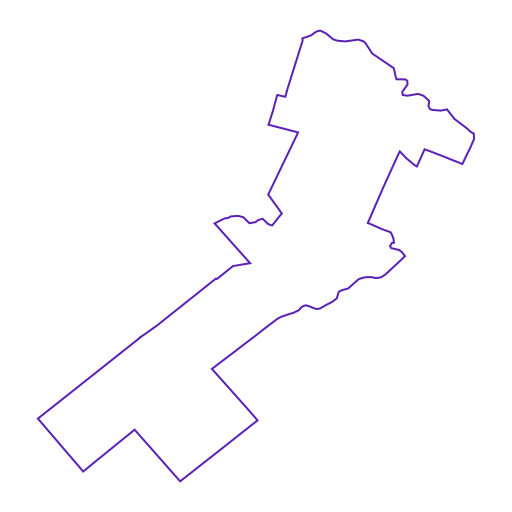 outline of Buzescu, Teleorman, Romania
{"feature_id": "2599482B13820587826100", "entity_name": "Buzescu", "entity_type": "district", "adm_level": 2, "iso_a3": "ROU", "parent_name": "Romania", "parent_adm1": "Teleorman", "projection": "equal_earth", "projection_center": [25.223, 43.976], "detail": "fine", "context": "isolated", "style": "outline", "palette": "violet", "viewbox_px": 512, "rotation_deg": 0, "n_neighbors": 0, "source": "geoboundaries", "source_scale": "gbopen_adm2", "svg_char_len": 1917}
<svg xmlns="http://www.w3.org/2000/svg" viewBox="0 0 512 512"><path d="M473.8,133.7L470.6,131.8L466.7,128.2L454.5,119.0L447.0,109.4L440.8,110.6L432.0,109.9L430.0,109.1L428.5,106.0L429.2,100.9L423.4,95.7L418.0,93.9L407.5,95.7L402.8,95.0L402.2,92.1L407.5,84.4L407.3,80.8L405.2,79.4L396.6,79.3L395.8,77.1L393.8,68.2L372.3,53.6L365.5,43.2L363.7,41.4L358.3,39.6L345.4,41.4L337.5,40.7L333.2,39.4L326.2,33.5L320.7,30.8L320.5,30.7L318.3,30.9L315.5,32.1L311.0,35.4L302.4,38.4L302.6,40.7L291.8,75.1L287.7,88.2L285.3,96.8L277.5,95.0L277.1,95.4L272.9,111.0L268.5,124.8L281.6,128.1L298.0,132.4L297.5,133.7L268.2,194.6L281.8,213.4L272.3,225.3L271.2,225.3L267.8,223.8L262.7,218.8L258.5,219.9L255.6,222.1L249.4,223.2L243.4,217.3L238.7,216.0L236.2,216.0L230.5,216.5L227.9,218.1L225.3,218.2L222.0,219.7L214.6,223.4L250.1,263.2L233.1,266.0L216.9,279.0L215.9,278.6L208.6,284.4L166.3,318.1L156.5,325.9L144.9,334.1L140.4,337.1L140.6,337.2L37.9,418.6L83.2,471.5L96.4,460.7L134.6,429.7L160.8,459.4L180.1,481.3L180.9,480.8L181.3,480.4L192.3,471.8L204.4,462.2L205.9,461.1L257.5,420.4L251.3,413.1L228.7,387.7L211.9,368.9L256.4,335.0L264.5,328.6L277.1,319.0L281.4,316.7L287.3,314.7L293.7,312.7L298.5,310.4L299.9,309.2L300.6,307.9L303.2,306.1L305.9,305.3L308.7,306.1L312.6,307.7L316.0,308.9L317.7,309.0L320.0,308.5L326.8,304.6L332.4,301.8L336.7,298.4L337.6,295.6L338.5,292.3L339.6,291.2L343.0,289.9L348.2,288.5L354.1,283.2L358.5,279.3L362.3,277.9L366.9,277.1L371.4,277.1L375.4,278.0L378.5,277.8L381.2,277.2L385.3,274.6L390.7,269.6L399.5,261.4L405.0,256.1L402.2,252.4L399.1,250.0L391.2,248.1L390.0,246.1L392.0,242.9L393.9,242.8L393.5,238.8L392.0,234.9L390.7,232.3L381.9,229.1L372.0,224.7L367.8,223.0L373.4,210.1L383.8,186.2L398.8,153.3L399.8,151.4L406.8,158.7L410.9,162.1L413.8,164.5L416.9,166.5L424.6,149.3L433.9,152.7L462.4,164.0L466.8,154.7L470.4,147.5L474.1,138.8L473.9,136.2L473.8,133.7Z" fill="none" stroke="#5b21b6" stroke-width="2"/></svg>